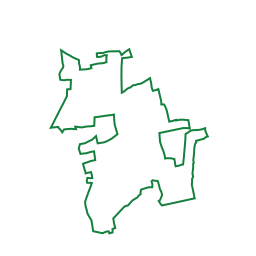 Kantunil, Yucatán, Mexico, rotated 252°
{"feature_id": "50627088B31709995716796", "entity_name": "Kantunil", "entity_type": "district", "adm_level": 2, "iso_a3": "MEX", "parent_name": "Mexico", "parent_adm1": "Yucatán", "projection": "albers", "projection_center": [-88.955, 20.752], "detail": "fine", "context": "isolated", "style": "outline", "palette": "green", "viewbox_px": 256, "rotation_deg": 252, "n_neighbors": 0, "source": "geoboundaries", "source_scale": "gbopen_adm2", "svg_char_len": 5831}
<svg xmlns="http://www.w3.org/2000/svg" viewBox="0 0 256 256"><g transform="rotate(252 128 128)"><path d="M202.5,153.5L201.7,150.4L201.2,148.9L200.7,147.4L199.5,145.1L199.3,144.4L200.0,144.3L200.3,144.3L200.6,144.3L201.1,144.3L201.4,144.2L201.7,144.1L202.3,143.9L202.5,143.9L203.4,143.6L203.7,143.5L204.0,142.6L204.2,141.8L204.3,141.4L204.5,140.9L204.9,139.5L205.4,137.9L205.7,137.1L205.7,136.8L206.0,136.0L206.1,135.5L206.3,135.1L206.4,134.6L206.4,134.4L206.6,133.8L206.7,133.4L206.9,132.0L207.0,131.2L207.1,130.4L207.1,129.9L207.1,129.6L207.1,128.7L207.1,127.9L207.2,127.4L207.2,127.2L207.2,126.9L207.4,126.3L207.4,126.1L207.7,125.4L207.9,124.8L208.1,124.1L208.3,122.9L208.4,122.5L208.4,121.9L208.6,121.4L207.6,121.1L207.4,121.0L206.0,120.7L205.2,120.5L204.9,121.3L204.7,122.0L204.5,122.7L204.3,123.3L204.3,123.9L204.2,124.5L204.2,124.9L204.2,125.3L204.3,126.0L204.4,126.6L204.5,127.3L204.5,127.7L204.5,128.2L204.3,128.6L204.2,129.0L203.8,130.3L203.1,129.9L202.1,129.4L200.4,128.8L199.4,128.4L198.6,128.2L197.8,127.9L197.4,127.9L197.3,127.0L197.3,126.5L197.3,126.2L197.3,125.2L197.4,124.3L197.5,123.4L197.8,122.4L198.3,120.3L198.5,119.6L198.6,118.8L198.7,118.3L198.7,117.6L198.8,116.8L198.8,116.5L198.9,115.9L199.0,114.7L199.0,113.6L199.1,112.9L199.2,111.9L198.7,111.8L198.1,111.8L197.8,111.8L196.7,111.7L196.2,111.7L196.3,110.5L196.3,109.6L196.4,109.0L196.4,108.7L196.4,108.2L196.7,107.1L196.7,106.2L196.8,105.9L197.0,105.4L197.2,104.9L198.3,100.3L198.9,100.5L200.3,101.0L200.7,101.1L201.5,101.2L202.0,101.3L203.1,101.3L203.5,101.4L204.1,101.4L204.7,101.4L207.8,102.3L212.5,97.1L214.3,95.6L218.9,91.3L220.3,90.3L222.6,88.4L220.0,88.0L218.6,87.6L216.6,87.2L213.8,86.7L212.4,86.2L211.4,86.3L210.6,85.9L210.0,85.9L209.6,85.7L207.6,85.9L206.8,85.5L206.0,85.2L205.4,84.7L202.9,81.5L200.9,79.7L200.3,79.4L196.3,78.7L195.1,78.5L194.8,78.5L193.4,81.3L193.0,82.6L192.8,84.6L191.4,88.6L191.1,88.5L189.2,87.8L188.1,87.4L186.9,86.9L183.3,85.6L183.1,85.5L182.7,85.3L183.0,84.3L183.4,82.8L183.6,82.1L182.4,81.6L179.9,80.7L177.6,79.9L177.0,79.7L176.3,78.9L176.0,78.6L174.6,77.2L172.4,75.1L171.7,74.3L170.3,73.0L169.6,72.2L168.5,71.1L165.6,68.2L165.2,67.8L163.8,66.4L163.3,65.9L161.2,63.8L160.3,62.9L159.8,62.4L156.8,59.4L156.3,58.9L155.3,57.9L153.7,56.3L152.5,55.1L152.1,54.7L152.0,55.3L151.8,56.4L151.6,57.5L151.3,58.4L151.2,59.0L150.8,60.8L150.7,61.6L150.5,62.0L149.9,61.9L149.1,62.3L146.2,63.6L144.2,64.1L146.4,66.8L145.8,69.6L145.0,72.8L144.8,73.7L144.7,74.0L144.0,75.6L143.8,75.9L143.4,76.9L143.2,77.8L143.0,78.3L143.6,78.3L144.0,78.3L145.6,78.2L145.3,79.1L144.1,81.4L143.4,83.0L143.0,83.8L142.9,84.1L142.8,84.4L142.3,88.5L141.7,91.2L141.3,92.5L141.2,93.0L141.1,93.4L140.5,96.6L148.5,99.5L148.3,100.7L148.1,101.3L148.1,101.6L148.0,102.4L147.7,103.5L147.6,104.4L146.9,108.5L145.9,114.3L145.5,115.7L145.4,116.4L145.3,117.1L145.3,117.7L145.2,118.7L135.7,116.4L130.2,116.2L125.4,116.1L122.9,109.2L122.6,107.3L122.5,106.9L121.9,103.6L121.8,100.5L122.8,94.4L130.2,95.1L128.0,90.4L127.9,89.8L127.9,89.4L126.8,82.2L127.5,77.3L123.7,74.8L118.0,74.8L117.8,76.6L116.9,80.3L116.9,80.8L116.7,86.0L116.5,86.8L116.5,87.0L116.4,87.7L116.3,88.5L107.6,86.9L107.7,85.6L107.8,85.1L107.8,84.9L107.8,84.7L108.1,83.0L107.9,74.2L105.2,74.0L104.7,74.0L102.9,73.9L101.8,73.9L101.3,73.8L100.9,73.9L100.6,74.0L100.2,74.1L99.6,73.9L99.0,73.8L97.9,73.7L97.9,75.1L97.7,77.0L97.6,78.4L97.5,79.2L95.7,79.1L93.8,79.0L92.6,78.7L91.4,78.6L91.7,77.0L92.1,76.3L92.6,75.3L93.1,73.9L90.5,72.5L88.5,72.2L87.3,75.8L86.9,76.1L86.9,76.4L86.8,76.6L86.0,76.0L82.9,73.6L78.6,70.1L71.3,64.5L70.7,64.3L69.5,64.0L65.9,63.4L63.0,63.4L59.6,63.0L56.1,63.6L51.5,64.7L40.6,63.0L35.9,71.1L35.9,72.1L36.1,74.8L36.1,75.9L36.0,76.2L36.0,76.3L35.6,77.7L34.8,77.8L33.6,77.7L33.4,81.0L34.1,81.2L36.1,82.0L36.7,82.0L36.9,85.0L37.7,85.0L40.9,85.2L45.6,85.9L46.5,86.0L52.4,96.7L54.1,99.8L54.3,100.7L54.5,100.9L54.5,102.5L54.3,104.0L57.7,109.7L58.7,113.8L59.1,115.7L60.1,116.8L60.4,117.5L61.0,118.7L61.2,119.7L62.8,119.9L65.3,121.4L65.4,123.1L65.4,123.4L65.3,128.9L64.2,132.8L65.2,133.1L67.2,133.9L69.8,133.8L70.1,134.0L70.7,135.3L69.4,137.4L68.6,139.8L66.4,139.9L64.0,139.8L60.8,139.5L58.9,139.6L56.9,140.0L54.6,139.8L53.6,139.7L49.6,136.2L49.0,134.6L48.2,135.0L46.8,135.2L45.1,135.7L43.9,136.3L43.0,144.2L40.5,169.7L53.7,171.1L55.1,171.4L55.7,171.8L56.9,172.3L58.5,172.8L60.1,173.4L61.4,174.9L64.7,175.2L70.3,177.8L73.8,178.9L74.5,179.8L75.6,179.9L77.1,180.1L84.6,183.5L86.0,183.9L90.2,185.7L92.1,186.9L93.1,188.1L93.2,188.5L94.8,188.8L94.3,196.8L94.9,198.3L95.2,198.7L95.3,199.1L95.3,201.3L96.7,201.0L101.7,200.7L104.0,201.3L103.9,198.9L104.1,195.9L104.4,194.7L104.5,193.5L105.0,192.4L105.3,190.9L105.6,190.0L106.1,187.8L105.9,186.3L104.6,181.3L104.5,180.9L99.1,178.9L82.7,172.0L76.3,169.1L76.6,168.1L76.5,166.8L76.4,165.7L76.5,164.3L76.8,161.5L77.6,161.5L83.5,162.4L84.2,162.5L84.7,161.4L85.8,159.8L86.8,156.9L87.1,156.3L87.5,153.9L89.3,154.3L95.3,154.5L99.3,154.2L104.9,154.2L109.1,155.2L113.5,156.3L111.0,179.4L110.9,180.4L109.3,185.2L108.3,186.4L108.3,186.6L116.8,187.8L119.1,182.4L119.9,179.3L120.3,176.1L120.9,176.2L120.9,174.8L121.0,172.5L121.3,169.2L133.3,170.3L138.1,169.9L139.3,169.5L140.1,167.0L142.9,167.8L155.7,168.9L155.6,168.1L155.2,167.7L155.5,167.3L155.5,165.7L155.5,165.3L155.7,163.1L157.5,163.1L158.1,163.0L159.3,163.1L164.8,164.1L166.7,164.1L168.6,164.4L166.3,155.0L166.3,153.8L166.4,152.4L166.5,151.7L166.6,151.2L166.7,150.5L166.7,150.0L166.6,149.2L166.7,148.8L166.7,147.9L166.9,147.0L167.0,146.6L167.0,145.9L166.8,145.3L166.6,144.6L166.4,144.3L166.0,143.2L165.8,142.6L165.8,142.2L165.8,141.8L165.9,141.3L165.7,140.6L165.7,140.3L165.6,139.7L165.0,138.1L164.9,137.8L164.8,137.5L164.6,137.1L164.5,136.8L164.1,135.6L163.8,135.1L163.7,134.6L163.5,133.0L178.5,137.5L188.9,141.0L196.2,144.0L195.1,149.2L194.4,153.6L202.5,153.5Z" fill="none" stroke="#15803d" stroke-width="2"/></g></svg>